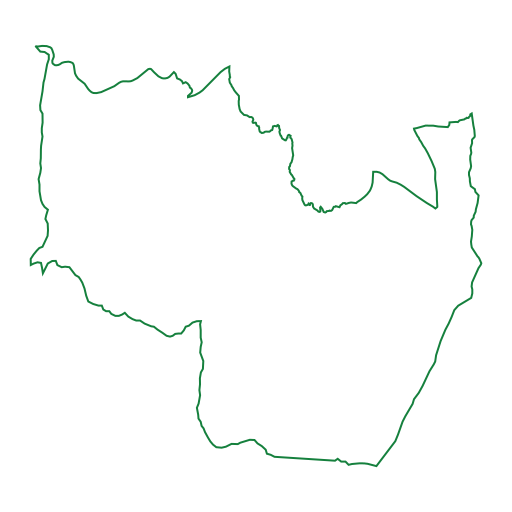 Hleoheng, Leribe, Lesotho (Natural Earth projection)
{"feature_id": "5366337B95493361127464", "entity_name": "Hleoheng", "entity_type": "district", "adm_level": 2, "iso_a3": "LSO", "parent_name": "Lesotho", "parent_adm1": "Leribe", "projection": "natural_earth1", "projection_center": [27.92, -28.954], "detail": "fine", "context": "isolated", "style": "outline", "palette": "green", "viewbox_px": 512, "rotation_deg": 0, "n_neighbors": 0, "source": "geoboundaries", "source_scale": "gbopen_adm2", "svg_char_len": 5939}
<svg xmlns="http://www.w3.org/2000/svg" viewBox="0 0 512 512"><path d="M481.3,263.2L479.3,258.6L478.3,257.1L477.6,256.5L471.8,247.5L471.3,244.6L471.0,241.6L471.8,236.5L472.3,229.9L471.6,225.9L471.0,224.4L471.2,221.4L471.6,220.1L473.7,217.6L473.8,215.6L475.6,211.8L475.9,209.3L477.6,203.0L478.6,195.4L475.4,191.9L474.9,189.2L470.8,186.2L469.9,181.4L469.8,178.3L469.0,175.0L469.0,172.2L470.7,168.3L471.1,166.2L470.2,159.6L470.3,155.9L471.1,153.9L471.3,152.6L470.6,147.8L472.1,143.2L472.0,140.0L472.4,139.2L474.5,137.1L474.8,136.0L474.3,129.9L473.4,125.6L471.7,113.5L470.3,114.4L470.3,115.8L468.7,117.3L468.5,117.9L467.2,118.0L466.7,117.8L465.8,118.6L465.3,118.6L464.3,119.4L459.9,120.3L459.1,120.8L457.9,122.1L456.1,121.9L449.5,122.4L449.3,124.9L447.8,127.1L438.2,126.5L433.4,125.7L425.6,125.6L416.7,128.1L414.0,128.6L414.3,130.0L417.4,136.0L418.9,138.0L419.3,139.4L421.2,142.1L423.2,145.8L425.1,148.4L427.8,153.2L431.6,161.1L434.8,168.8L435.3,172.0L435.1,179.1L436.9,192.1L436.9,199.6L437.3,206.2L437.2,207.0L435.4,208.5L433.0,206.7L426.8,203.0L416.5,196.1L404.2,186.9L400.7,184.7L396.7,182.7L392.1,181.4L390.2,180.7L388.1,179.2L382.5,174.2L379.6,172.5L376.7,171.8L373.2,171.8L372.6,182.6L371.7,186.5L370.6,189.2L369.8,190.8L367.2,194.2L364.6,196.7L361.0,199.6L357.2,202.1L356.2,203.1L351.1,202.5L348.9,202.9L346.5,203.7L345.7,203.8L344.9,203.0L342.8,203.2L341.9,204.3L340.4,205.3L339.5,207.2L335.8,206.2L335.4,206.7L333.9,206.8L333.6,207.1L332.2,210.0L331.4,210.6L330.9,210.9L329.5,210.6L329.3,210.9L326.7,211.2L326.1,212.1L325.2,212.5L323.7,212.0L322.3,208.8L320.7,206.8L320.1,207.5L320.4,211.1L320.2,211.6L319.6,211.9L319.0,211.8L318.4,211.6L317.3,210.4L314.1,208.5L313.0,206.7L312.8,204.3L312.3,203.5L311.5,203.1L310.5,203.1L310.2,203.5L310.0,204.9L309.5,205.0L308.5,203.8L308.2,204.6L306.7,205.2L305.8,205.4L305.1,205.2L304.5,204.5L302.4,200.1L302.2,198.2L302.4,196.5L301.6,195.7L300.4,193.0L299.2,192.1L299.2,191.5L298.3,190.1L297.4,189.1L296.4,188.7L292.7,186.0L292.0,185.0L291.5,183.7L291.6,181.5L293.1,180.6L293.7,180.7L294.3,179.8L294.4,178.9L293.6,178.0L291.9,175.0L291.1,174.4L290.7,173.4L290.1,172.7L289.7,171.8L289.9,170.7L289.8,169.8L289.1,169.0L289.2,167.0L289.9,166.3L290.4,163.7L291.5,162.3L292.4,159.2L292.7,157.1L293.2,155.3L292.1,148.1L292.5,145.7L292.3,143.5L292.5,142.5L291.7,139.3L291.2,138.4L290.5,137.9L290.2,137.1L290.6,135.8L289.0,134.8L288.4,135.0L287.8,135.7L287.5,136.6L287.5,137.7L286.9,138.0L286.3,139.6L285.8,140.3L285.1,140.3L284.1,139.7L282.1,138.4L281.1,135.8L280.6,135.6L279.7,133.1L279.4,131.7L280.0,130.0L279.2,128.2L279.0,125.9L278.1,125.4L277.9,125.0L277.4,125.2L277.1,126.1L276.7,126.4L274.6,125.9L273.0,126.4L272.5,129.1L272.2,130.0L270.7,130.5L270.3,131.1L269.4,131.7L266.0,131.6L264.6,131.9L263.7,132.7L261.8,133.0L261.1,132.4L260.5,132.3L259.7,131.4L259.1,128.8L259.2,127.6L258.7,126.3L258.3,126.4L256.8,125.5L256.3,124.6L255.9,122.8L255.4,122.6L253.5,122.9L252.8,122.7L252.5,121.6L253.3,119.8L253.0,118.5L252.4,117.6L251.2,117.0L249.6,117.1L247.0,115.4L244.0,114.9L240.6,111.5L239.6,109.0L238.8,104.7L238.7,101.0L239.0,99.6L238.9,95.9L235.8,92.4L234.2,90.3L233.0,88.0L231.7,86.2L231.5,85.3L229.8,82.6L229.2,79.1L230.2,77.1L229.8,76.4L229.8,75.0L229.2,71.6L229.4,66.5L224.9,68.8L220.6,72.1L202.6,90.3L199.5,92.6L194.7,95.2L188.0,97.2L188.0,95.9L191.6,92.7L192.2,90.7L191.9,89.6L191.0,88.3L189.9,87.6L189.4,85.7L187.6,83.5L185.7,82.2L183.0,83.4L182.0,81.2L179.9,79.5L177.1,78.4L175.6,73.8L173.9,72.1L169.5,76.7L167.5,77.9L165.2,78.4L163.3,78.4L161.8,78.1L158.4,76.3L154.1,72.3L151.1,69.1L150.0,68.8L148.3,69.1L137.3,78.1L132.7,80.5L130.8,81.2L129.0,81.4L123.1,81.3L121.0,81.8L119.1,82.8L114.3,86.2L101.2,92.1L96.5,93.1L93.4,93.0L91.5,92.2L89.6,90.6L88.1,88.9L84.6,83.7L78.1,78.6L76.1,75.7L75.0,73.3L73.9,65.9L73.5,64.4L72.6,63.0L70.5,62.1L68.4,61.7L64.5,62.1L62.0,62.8L59.8,64.3L58.2,65.0L56.1,65.3L54.8,65.1L53.0,63.8L52.4,62.9L52.3,60.6L53.8,56.8L53.7,54.4L52.3,50.1L51.4,48.2L50.2,47.3L46.7,46.1L42.1,45.9L38.0,46.5L36.3,46.4L35.4,46.0L40.3,51.6L44.6,52.0L48.8,54.8L48.8,59.3L47.1,64.4L44.5,78.9L43.5,82.5L42.5,91.4L40.1,105.3L40.4,110.1L42.5,113.6L42.6,122.7L41.8,128.2L41.8,132.4L42.5,136.5L41.1,145.8L40.9,149.5L40.8,158.3L40.3,163.4L41.0,168.1L40.3,172.8L38.6,179.1L39.5,184.6L39.5,191.3L41.0,200.2L42.5,203.9L44.6,207.0L47.9,209.7L46.2,215.3L45.4,219.0L47.7,223.5L48.0,230.4L47.6,235.9L42.5,246.8L39.3,248.0L36.8,250.6L33.6,254.5L30.7,258.9L30.8,265.0L33.6,263.6L37.5,262.3L41.0,262.9L42.0,267.6L42.9,273.3L47.8,263.5L52.2,261.0L55.8,260.9L57.4,265.1L61.7,267.2L65.1,266.7L69.4,267.2L75.4,275.1L78.7,277.0L80.5,279.6L82.3,282.7L84.5,288.5L86.2,295.7L88.3,301.5L93.2,304.0L98.5,305.6L101.8,305.6L103.3,309.5L106.1,311.2L109.3,311.2L111.3,313.9L115.4,315.9L118.8,315.9L122.2,314.5L124.8,312.8L128.3,316.6L132.5,319.1L136.1,320.5L140.0,320.5L144.6,323.6L151.2,326.3L153.9,326.7L157.5,329.6L162.3,332.7L166.6,335.8L170.0,336.6L172.7,335.8L175.2,333.9L178.6,333.5L181.2,333.5L183.8,330.4L185.7,326.7L188.9,325.7L192.5,322.6L196.8,321.2L200.9,321.1L200.1,324.3L200.7,330.0L200.7,337.7L201.7,342.3L200.7,346.9L200.2,352.6L203.3,361.0L202.9,368.9L200.9,372.4L199.9,378.2L200.0,384.4L199.4,390.1L200.1,395.2L198.6,403.6L196.9,407.8L198.2,414.8L198.5,418.6L200.7,421.8L201.6,425.9L203.6,428.4L205.0,432.1L207.9,437.4L210.3,441.4L213.0,444.6L216.3,447.2L221.6,447.7L225.9,446.7L231.5,443.9L237.8,444.1L240.3,442.7L249.8,439.8L254.5,440.0L257.5,443.4L261.8,446.1L265.7,449.7L266.9,453.7L270.7,454.8L274.5,456.8L335.0,460.7L337.7,458.8L341.2,461.6L345.5,461.6L348.6,464.8L352.0,464.0L359.8,463.3L364.2,463.4L367.6,463.8L376.4,466.1L395.3,441.2L398.0,434.6L402.6,421.6L405.3,416.3L412.6,403.9L414.0,399.2L418.8,392.8L422.6,385.9L429.5,371.2L433.8,364.3L435.2,361.5L436.1,355.2L440.6,341.1L445.4,329.7L448.6,323.7L451.6,317.0L454.3,310.1L458.2,305.7L471.2,297.9L472.3,293.4L472.3,289.4L471.6,286.5L472.1,282.4L478.5,268.1L480.8,264.7L481.3,263.2Z" fill="none" stroke="#15803d" stroke-width="2"/></svg>